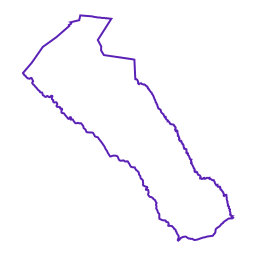 outline of Yatta, Eastern, Kenya
{"feature_id": "3690345B64365899844795", "entity_name": "Yatta", "entity_type": "district", "adm_level": 2, "iso_a3": "KEN", "parent_name": "Kenya", "parent_adm1": "Eastern", "projection": "orthographic", "projection_center": [37.614, -1.242], "detail": "fine", "context": "isolated", "style": "outline", "palette": "violet", "viewbox_px": 256, "rotation_deg": 0, "n_neighbors": 0, "source": "geoboundaries", "source_scale": "gbopen_adm2", "svg_char_len": 5877}
<svg xmlns="http://www.w3.org/2000/svg" viewBox="0 0 256 256"><path d="M31.8,62.7L23.0,73.0L23.1,73.5L24.2,74.6L24.4,75.3L25.3,75.7L26.5,77.3L27.7,78.3L28.1,78.3L29.4,78.8L31.1,77.9L31.6,78.1L32.3,79.6L32.8,80.4L33.1,81.5L32.5,82.2L32.2,82.7L32.3,83.3L33.2,84.5L34.0,85.1L35.4,86.8L36.7,88.1L37.7,89.5L38.8,90.5L39.6,91.0L39.9,91.8L40.2,92.2L40.6,92.4L42.0,92.5L42.3,92.9L42.8,95.1L43.9,95.7L44.6,96.5L45.5,96.9L46.0,96.9L46.9,96.1L47.4,96.0L47.7,96.1L48.5,96.8L49.3,97.1L49.8,97.1L51.2,95.8L52.2,95.9L52.4,96.2L52.4,96.6L51.8,97.6L51.9,98.9L52.1,99.4L53.3,100.2L53.1,101.3L53.4,102.0L54.2,102.5L56.0,102.2L56.6,102.6L57.1,103.4L57.2,104.0L57.2,104.6L56.5,105.8L56.8,106.6L57.7,107.0L59.2,106.8L59.8,107.0L60.1,107.4L60.1,108.3L60.4,108.7L61.7,108.6L62.0,108.8L62.1,109.7L61.6,110.1L61.4,111.6L61.5,112.5L62.2,113.1L63.4,113.1L64.1,113.5L64.9,114.7L68.1,118.6L68.6,118.9L69.1,118.7L69.7,118.2L69.7,117.6L70.0,117.2L70.7,117.2L71.0,117.6L71.0,118.1L70.6,119.2L70.8,119.6L71.3,119.6L72.1,119.4L72.6,119.4L72.9,119.7L73.9,121.4L75.3,123.1L76.6,123.3L77.8,122.8L79.5,123.4L80.8,123.2L81.2,123.4L83.2,126.0L83.7,128.2L85.4,129.4L86.5,131.9L87.2,132.3L92.5,132.6L92.9,132.8L93.3,133.2L94.9,136.2L95.4,136.6L97.4,137.2L98.2,137.6L98.7,138.7L101.1,141.7L104.4,146.4L105.6,149.0L107.0,151.0L107.9,153.0L110.1,156.4L110.9,156.4L112.9,155.7L115.7,155.7L116.6,155.9L117.1,156.1L117.8,157.0L118.8,159.4L119.1,159.9L119.9,160.5L120.3,160.7L121.8,160.7L123.6,160.4L125.1,161.5L127.6,161.3L128.0,161.6L128.4,162.5L129.2,163.6L130.1,165.5L130.9,166.7L132.1,167.2L134.7,167.4L135.9,169.8L137.3,170.8L138.7,172.4L139.1,174.6L140.2,175.9L140.5,177.6L140.9,178.6L141.8,179.1L142.8,180.3L143.0,180.9L142.9,181.9L143.2,183.5L143.0,184.8L143.2,185.4L145.1,186.4L147.1,187.0L147.3,187.4L146.1,188.9L145.9,189.3L145.9,189.7L146.2,189.9L147.6,189.7L148.0,189.8L148.3,190.3L148.6,192.5L148.2,193.8L148.1,194.6L148.5,195.4L149.7,196.8L151.1,197.0L152.8,198.0L153.5,199.1L154.7,199.8L155.2,200.4L155.8,201.9L156.5,202.7L156.5,203.4L156.0,204.4L156.0,204.9L156.5,206.2L156.2,208.4L157.3,210.3L158.0,212.6L159.1,213.7L159.3,214.2L159.3,218.6L159.6,218.9L162.5,220.2L163.9,220.4L165.3,220.4L165.6,220.6L165.9,220.9L166.0,221.5L166.3,221.9L167.7,222.2L168.1,222.4L168.4,222.9L168.7,224.3L168.2,225.3L168.4,225.8L171.0,225.9L172.0,226.1L172.7,227.0L173.5,227.5L174.1,228.8L175.3,229.5L175.6,229.9L175.9,231.3L176.5,231.9L176.7,232.9L177.5,234.3L178.5,235.6L178.7,237.5L177.8,239.7L177.8,240.2L178.2,240.6L179.6,239.6L181.0,237.8L183.5,236.8L185.6,236.6L186.0,236.7L188.6,238.5L189.9,238.5L190.7,238.9L192.3,238.8L193.6,239.7L194.7,240.0L197.2,239.6L203.2,237.5L204.5,237.4L207.4,236.5L211.4,236.0L212.9,235.7L214.0,234.0L214.5,233.8L215.4,232.2L215.5,230.3L215.7,229.4L216.0,228.9L217.2,227.8L219.5,226.4L221.7,223.8L223.1,223.0L223.5,222.1L228.2,218.8L228.9,218.5L231.9,218.4L232.7,218.2L233.0,217.9L231.7,217.3L231.6,216.9L231.8,216.5L232.4,216.1L231.2,215.8L231.0,215.0L230.1,214.7L230.4,213.6L230.3,213.2L230.4,212.7L229.6,210.5L230.0,209.9L230.0,209.4L228.9,208.3L228.8,207.9L229.0,206.6L227.8,205.7L227.8,205.4L228.1,204.9L227.3,202.1L227.5,201.7L227.5,201.3L227.1,200.7L226.6,198.9L226.8,197.6L226.3,195.9L226.5,195.1L226.3,194.8L224.9,195.1L224.1,196.0L223.7,195.7L223.6,195.0L224.0,194.3L223.2,192.7L223.2,192.2L222.5,191.6L221.3,189.7L220.7,189.7L219.8,187.5L220.2,187.2L219.9,186.7L219.4,186.6L218.1,186.8L217.8,186.0L217.5,185.8L217.3,185.5L217.4,184.9L217.0,185.0L216.5,185.4L216.2,185.2L215.0,183.1L214.6,181.9L213.7,180.1L212.7,180.3L211.6,179.7L210.4,178.7L210.1,178.6L209.5,178.9L209.2,178.4L209.3,177.8L208.3,178.0L206.8,177.8L206.4,178.0L206.1,178.4L204.9,178.8L204.5,178.1L204.2,177.8L203.6,178.0L203.4,178.6L202.1,178.9L201.6,178.9L201.5,178.5L201.1,178.4L200.1,178.4L200.0,178.0L200.6,177.1L200.4,176.4L199.9,175.5L197.9,174.6L197.7,173.6L197.0,172.7L197.1,172.2L196.3,172.0L195.9,171.6L195.3,172.1L195.0,172.0L194.7,171.7L194.4,170.6L194.7,169.4L194.2,168.5L193.8,168.3L193.5,167.3L191.8,163.9L191.0,163.3L191.0,162.9L191.6,162.3L190.9,161.1L191.4,159.6L190.3,159.2L189.9,158.9L189.4,157.1L188.9,155.9L188.5,155.6L187.9,154.8L188.0,153.4L187.7,153.2L186.9,153.3L186.4,152.9L186.3,152.5L186.7,151.7L186.4,150.9L186.4,149.3L185.2,148.8L184.4,148.9L184.1,148.6L184.1,147.5L183.6,146.9L183.6,145.6L183.2,144.4L182.6,144.3L182.3,143.3L181.4,142.4L181.5,141.3L180.8,140.7L179.8,140.8L179.7,140.3L179.0,139.6L179.0,138.9L179.4,138.5L178.8,136.7L178.1,136.1L178.4,135.8L178.2,135.2L177.8,134.9L177.9,134.2L177.4,132.7L177.5,131.2L177.3,130.9L176.4,131.3L175.9,131.2L175.6,130.8L176.3,130.2L176.0,130.0L175.4,129.9L175.1,129.4L175.7,127.9L175.4,127.5L175.3,127.0L175.0,126.5L174.3,126.0L173.9,125.0L173.5,124.6L170.8,124.2L170.4,124.0L170.3,123.6L169.8,123.4L169.5,122.4L168.3,121.1L167.9,121.2L168.0,120.8L167.8,120.4L167.3,120.3L166.8,119.6L166.1,119.1L166.0,118.7L165.2,117.7L165.7,117.5L165.8,117.2L165.6,116.8L164.8,116.8L164.4,116.5L163.3,114.1L162.8,113.9L162.6,113.6L161.5,112.6L160.9,111.6L160.9,110.7L160.5,109.7L160.0,109.5L159.3,108.8L158.8,108.8L158.3,108.4L157.9,106.9L157.3,105.7L157.2,104.5L156.5,103.7L156.3,102.9L155.7,102.2L155.7,101.7L155.3,100.8L155.1,99.9L154.6,99.3L153.3,95.8L152.5,94.4L151.9,93.8L151.8,93.0L151.5,92.6L151.1,92.4L150.4,91.5L150.2,91.1L149.3,90.2L149.2,89.7L148.8,89.0L147.9,88.5L147.9,87.6L147.7,87.2L147.1,86.8L147.0,86.4L145.8,85.7L145.5,85.1L144.1,84.4L143.8,84.6L141.9,84.0L141.2,83.3L139.7,83.6L139.0,84.2L138.4,83.7L138.1,83.3L138.1,81.8L137.6,80.5L137.1,79.8L136.5,79.2L135.7,79.3L135.3,79.1L134.4,59.7L133.7,59.5L131.4,59.1L103.9,55.1L102.9,53.5L101.1,50.4L101.2,46.4L97.8,40.0L111.3,18.8L106.6,18.2L106.3,18.4L104.2,17.9L102.3,18.0L99.8,17.5L98.2,17.5L94.2,16.9L92.3,16.4L80.3,15.4L79.2,20.2L70.9,22.2L71.3,22.4L71.2,23.5L70.9,23.9L68.8,25.0L68.9,25.7L69.2,26.0L56.2,37.3L42.8,46.9L31.8,62.7Z" fill="none" stroke="#5b21b6" stroke-width="2"/></svg>